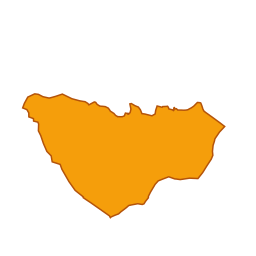 outline of Azum, Central Darfur, Sudan, rotated 57°
{"feature_id": "16777658B93719594104494", "entity_name": "Azum", "entity_type": "district", "adm_level": 2, "iso_a3": "SDN", "parent_name": "Sudan", "parent_adm1": "Central Darfur", "projection": "mercator", "projection_center": [22.965, 12.946], "detail": "fine", "context": "isolated", "style": "filled", "palette": "amber", "viewbox_px": 256, "rotation_deg": 57, "n_neighbors": 0, "source": "geoboundaries", "source_scale": "gbopen_adm2", "svg_char_len": 2653}
<svg xmlns="http://www.w3.org/2000/svg" viewBox="0 0 256 256"><g transform="rotate(57 128 128)"><path d="M193.6,191.6L193.5,191.1L193.4,190.5L194.1,186.3L194.9,182.7L194.4,179.5L193.9,172.7L193.4,169.6L194.5,166.7L196.8,161.1L199.9,157.7L200.3,155.9L199.0,153.1L197.6,148.9L196.4,148.1L194.0,144.0L190.0,135.9L188.8,131.4L189.7,126.9L191.1,120.4L196.2,116.5L197.0,115.4L199.7,112.3L203.6,103.7L208.5,96.9L206.0,89.5L202.8,82.7L199.5,75.2L197.1,71.7L193.6,69.9L188.9,66.1L186.1,62.7L184.4,61.0L181.2,53.4L181.0,52.5L179.4,46.1L174.2,47.9L163.9,51.8L162.7,52.3L162.2,52.5L161.3,52.8L157.8,54.2L155.8,54.9L155.7,55.0L155.4,55.0L155.2,55.1L154.1,55.0L152.8,54.9L152.0,54.6L150.1,54.1L148.9,53.8L146.8,53.4L146.5,53.4L145.5,54.4L144.6,55.6L144.4,55.9L144.7,57.4L145.5,61.0L145.6,64.0L145.5,64.5L145.3,67.0L145.3,67.7L145.3,67.8L145.2,68.0L145.0,68.6L144.2,70.3L143.4,71.6L142.4,73.0L140.4,75.9L140.3,76.0L140.0,76.5L139.1,76.7L138.2,76.9L138.0,77.5L137.7,78.0L137.2,78.0L136.7,78.0L136.1,78.0L136.0,78.3L136.4,78.8L136.6,78.9L136.7,79.1L137.9,79.6L138.2,80.3L137.8,80.6L137.2,80.6L134.3,83.3L132.6,82.9L131.3,83.0L131.1,83.4L130.6,84.4L128.9,87.3L129.2,88.1L127.0,90.1L125.4,91.6L128.3,95.2L131.0,97.6L130.8,101.3L125.5,106.2L123.5,108.5L119.5,107.7L116.1,107.9L113.1,110.0L109.3,111.9L108.8,113.3L113.8,115.3L116.2,117.8L116.7,119.8L116.5,120.5L116.4,120.5L116.4,120.4L116.2,120.4L115.9,120.2L115.7,120.1L115.6,120.3L115.1,120.9L115.0,121.1L114.9,121.3L114.7,121.4L114.6,121.5L114.4,121.7L114.2,121.8L114.1,122.1L115.2,123.6L115.3,123.7L115.5,124.0L115.8,124.4L115.8,124.5L115.7,125.2L115.4,126.7L115.3,126.8L114.4,128.3L114.2,128.5L113.6,129.4L113.5,129.5L113.3,129.8L113.1,130.2L113.0,130.4L112.9,130.4L112.9,130.5L111.8,131.0L111.5,131.2L111.0,131.4L110.7,131.5L109.9,131.7L109.6,131.7L108.9,131.8L108.1,131.9L108.0,132.0L107.9,132.0L107.7,132.1L106.5,132.6L104.3,133.6L102.7,133.6L100.6,133.7L97.7,135.4L96.8,136.5L96.3,137.1L95.9,137.6L95.7,137.9L94.5,139.4L94.2,139.7L94.0,139.8L93.0,140.3L91.3,141.0L90.6,141.1L90.1,141.1L89.0,141.1L88.8,141.2L88.5,141.4L88.0,141.9L87.8,142.1L87.6,144.5L87.4,146.5L87.3,148.2L85.5,148.3L82.5,149.7L81.3,151.1L78.9,153.7L72.9,159.1L63.8,164.6L63.5,165.8L62.0,171.6L60.6,176.0L60.0,177.7L59.5,178.3L55.4,182.3L50.9,184.9L48.6,187.6L48.5,188.0L47.5,195.2L50.9,201.5L53.8,205.4L57.5,202.8L61.3,203.0L64.7,205.1L68.6,202.2L70.8,203.4L74.0,200.4L76.0,200.8L81.6,204.7L86.8,205.3L95.1,207.4L103.5,208.8L109.5,207.6L115.1,210.0L121.6,204.7L126.6,205.9L140.8,206.7L151.5,206.3L161.5,203.0L162.0,203.5L164.9,202.3L170.2,200.0L191.6,191.4L193.0,191.6L193.6,191.6Z" fill="#f59e0b" stroke="#b45309" stroke-width="1.5"/></g></svg>